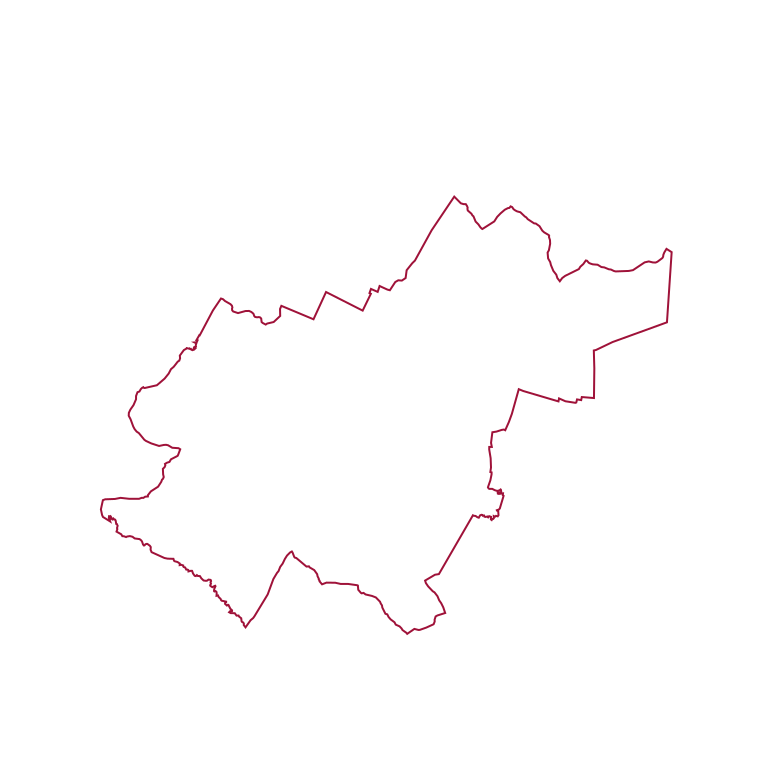 the district of Tatarani, Dâmbovita, Romania, rotated 308°
{"feature_id": "2599482B54832396479791", "entity_name": "Tatarani", "entity_type": "district", "adm_level": 2, "iso_a3": "ROU", "parent_name": "Romania", "parent_adm1": "Dâmbovita", "projection": "albers", "projection_center": [25.253, 44.999], "detail": "fine", "context": "isolated", "style": "outline", "palette": "rose", "viewbox_px": 768, "rotation_deg": 308, "n_neighbors": 0, "source": "geoboundaries", "source_scale": "gbopen_adm2", "svg_char_len": 6154}
<svg xmlns="http://www.w3.org/2000/svg" viewBox="0 0 768 768"><g transform="rotate(308 384 384)"><path d="M665.0,529.5L664.4,523.4L660.2,523.9L657.8,524.6L656.1,525.6L654.6,525.8L648.7,524.2L647.0,523.3L645.4,521.2L643.6,517.2L640.3,514.5L627.0,510.1L623.8,507.3L615.3,497.2L614.6,495.6L613.9,492.3L612.8,490.5L611.5,485.8L610.0,483.3L609.5,478.9L606.8,474.8L605.9,472.3L605.6,470.7L606.1,468.1L605.6,467.0L601.2,467.2L597.3,466.5L594.5,466.8L580.8,460.2L577.2,459.2L573.2,459.3L574.2,455.4L576.2,452.5L577.4,447.8L580.5,442.3L582.4,439.9L584.0,436.0L588.3,432.0L590.9,431.6L596.8,428.6L599.6,426.2L601.4,423.5L602.5,422.9L602.8,422.2L602.1,416.8L602.3,414.3L604.1,409.4L603.9,404.8L603.0,403.4L602.4,395.7L602.9,393.5L602.7,392.0L603.3,385.7L602.0,382.7L601.6,380.6L601.5,378.5L602.3,376.1L601.9,374.4L600.0,374.4L598.8,373.3L595.7,371.9L590.2,370.8L585.4,370.3L580.0,370.8L566.7,366.1L566.6,365.6L566.8,363.6L567.9,360.1L568.4,356.2L571.2,351.3L571.3,349.8L572.0,348.1L572.3,343.2L573.4,341.9L574.4,341.4L575.3,340.0L576.1,337.7L574.7,335.9L573.7,333.3L574.9,324.0L534.4,326.9L500.3,332.4L496.6,331.9L487.6,331.8L480.8,335.8L476.5,334.4L474.5,331.4L471.3,330.1L461.5,330.9L460.5,328.6L458.5,320.2L452.7,322.3L450.9,315.2L446.7,316.6L447.0,318.1L428.7,322.0L420.8,281.7L391.6,288.6L382.4,255.0L379.1,255.9L373.7,260.3L364.9,258.9L359.7,254.7L358.0,254.2L357.4,250.8L357.5,249.4L360.0,246.9L360.2,245.4L359.7,244.2L358.4,242.9L357.5,241.2L357.6,240.1L359.0,237.8L359.1,235.2L358.5,232.7L356.2,229.9L350.0,225.3L348.3,220.5L348.6,219.0L349.7,217.9L351.0,217.4L352.1,215.9L352.4,213.9L351.5,207.7L351.7,204.9L351.0,202.9L336.6,203.9L310.8,208.5L308.9,208.8L308.8,208.4L303.1,209.2L303.6,210.2L301.6,210.7L300.1,209.1L300.5,211.1L298.6,211.8L297.7,212.8L296.1,211.7L295.2,212.0L295.7,212.5L295.9,213.4L294.2,213.2L292.7,212.2L292.4,210.9L292.8,210.2L292.2,209.6L292.3,208.9L291.9,208.8L290.8,206.4L290.2,206.5L287.5,205.4L280.7,205.6L278.7,207.5L276.4,208.3L274.6,207.7L268.1,207.7L264.5,207.0L259.7,207.9L253.2,207.8L243.2,205.8L233.5,197.9L233.1,197.0L233.3,196.3L232.2,195.8L230.3,195.5L227.5,195.9L225.8,194.8L221.9,196.0L219.3,198.0L213.2,199.6L207.7,199.9L204.2,200.7L201.8,202.4L200.2,206.0L196.1,212.6L194.9,215.3L194.2,218.4L194.4,221.0L192.5,229.5L192.6,231.5L193.9,237.2L196.7,244.9L200.4,248.0L201.9,249.7L202.8,251.6L203.4,256.4L206.9,261.6L207.1,263.6L201.4,265.4L200.3,265.6L193.5,262.5L190.5,262.9L188.3,261.4L186.2,260.6L185.4,261.7L183.5,262.3L181.0,262.0L176.8,265.6L175.1,267.7L173.3,268.2L171.9,268.0L169.8,268.7L164.0,269.2L155.9,266.4L151.1,266.4L150.0,267.2L148.2,265.2L146.1,264.5L145.2,263.2L142.8,261.7L136.6,253.8L132.1,246.5L127.8,242.8L121.5,235.3L119.4,234.0L110.9,238.1L107.2,242.5L106.2,244.4L107.1,252.8L109.1,249.6L110.5,248.8L110.7,249.4L111.4,249.6L111.4,250.1L110.6,250.1L110.2,250.6L109.4,250.3L109.9,250.8L109.8,251.6L110.8,251.2L110.3,253.6L111.4,253.6L111.2,255.0L111.6,255.7L111.1,256.7L108.9,259.1L109.2,259.6L108.3,261.4L106.1,262.3L105.5,263.2L103.0,264.1L103.8,269.5L103.0,271.5L103.9,272.8L104.6,275.0L105.7,275.5L107.7,277.4L108.8,279.9L108.8,282.6L111.3,286.9L111.3,288.9L110.9,290.3L109.2,292.9L108.9,294.2L109.3,294.6L110.9,294.7L112.1,295.6L112.3,296.1L112.4,299.1L111.9,300.6L109.7,302.1L108.4,304.4L111.7,318.1L113.2,321.1L116.6,325.7L115.5,327.3L115.4,328.0L116.6,330.9L116.8,333.6L115.5,334.5L116.7,335.5L117.4,337.5L116.6,338.2L116.5,338.9L117.0,340.3L116.0,342.4L116.8,343.5L116.9,344.3L115.9,345.3L118.0,346.9L118.6,347.8L117.1,350.2L116.3,352.9L116.8,354.0L118.2,354.2L118.1,355.5L119.3,357.2L118.4,359.7L118.1,362.8L119.3,364.9L120.2,365.7L121.8,366.1L122.8,367.8L122.8,368.4L122.2,369.1L121.0,369.3L120.1,370.6L118.4,370.9L118.0,371.5L118.2,373.8L120.5,374.8L121.1,375.2L120.9,375.7L118.0,376.4L116.2,377.5L116.1,378.1L117.1,378.7L117.1,379.8L116.2,380.9L114.0,382.4L115.2,383.3L114.3,385.0L114.1,387.5L113.5,388.4L113.3,389.5L115.3,393.6L114.9,393.9L113.9,393.5L112.9,394.1L112.7,396.6L114.0,397.0L114.1,397.5L112.3,401.3L112.1,403.6L111.6,404.0L110.2,402.6L108.8,402.5L109.1,404.3L111.5,407.5L110.7,410.4L112.0,411.9L111.5,413.0L111.5,415.7L109.4,417.8L109.1,418.6L109.4,420.0L108.8,421.2L107.7,421.9L107.0,424.7L115.7,424.3L119.0,425.0L121.3,424.9L146.6,421.9L162.2,416.9L169.3,416.0L171.6,416.1L176.0,414.8L180.1,414.7L185.1,413.6L189.1,413.2L193.4,413.7L195.3,414.5L194.9,415.7L192.5,419.7L192.3,420.7L192.9,422.0L192.4,435.3L194.1,437.1L193.7,438.3L194.4,443.6L193.0,448.4L191.6,450.0L190.4,452.5L189.8,452.9L189.3,454.4L188.8,454.7L188.0,458.5L192.1,461.0L197.4,468.0L199.8,473.0L204.4,478.9L208.9,486.7L209.1,487.5L206.0,490.4L205.2,494.3L205.3,495.3L206.8,496.5L206.8,499.0L209.6,505.0L210.8,509.0L210.0,514.9L209.0,516.6L208.3,518.7L206.8,520.3L203.8,526.6L204.5,528.4L203.2,531.1L202.6,534.2L202.7,539.0L201.6,541.4L202.6,545.5L202.2,548.3L201.5,550.1L201.7,554.9L201.4,556.1L209.7,558.7L211.4,562.6L212.3,563.6L218.1,567.3L225.2,571.0L228.0,570.2L229.4,569.0L232.6,567.8L234.5,568.6L241.2,573.2L244.5,568.2L246.5,564.0L247.5,560.7L249.7,556.8L250.9,552.1L250.7,550.0L251.7,543.4L252.9,539.6L254.4,537.4L265.1,541.6L268.0,544.3L335.3,534.9L335.4,535.8L336.4,537.4L336.5,539.6L337.0,541.0L339.7,540.6L341.0,541.4L341.4,542.2L341.0,542.9L342.0,543.9L341.3,544.8L341.7,545.8L343.5,547.3L343.5,547.7L343.0,547.6L343.0,548.2L344.6,548.3L345.2,550.1L343.1,551.6L343.1,552.6L344.3,552.4L344.9,553.1L345.8,553.2L347.5,551.8L347.8,553.2L349.0,553.4L349.7,555.1L351.1,555.0L354.0,552.4L353.8,550.9L354.0,550.6L355.8,551.8L357.2,551.9L369.5,547.1L369.5,546.1L371.1,545.1L368.1,542.2L367.7,541.2L368.3,540.6L370.9,543.1L372.6,541.3L372.7,540.8L371.2,540.4L369.4,539.0L368.5,536.6L368.0,533.8L366.2,531.5L366.1,530.7L366.6,529.5L373.6,527.1L379.0,524.4L380.6,523.2L380.1,522.0L384.1,519.7L391.2,513.7L397.2,507.2L399.2,505.7L400.8,507.7L403.5,504.6L412.7,499.1L415.7,501.9L420.4,505.1L421.9,506.5L422.2,508.0L431.0,505.8L439.3,503.1L462.9,493.4L464.2,498.0L477.7,532.2L480.4,530.8L482.1,537.6L487.0,546.4L487.8,546.9L490.7,545.6L492.7,549.3L495.5,547.9L502.2,558.1L525.7,540.2L539.6,528.7L541.3,530.1L557.8,538.3L606.8,569.0L665.0,529.5Z" fill="none" stroke="#9f1239" stroke-width="2"/></g></svg>